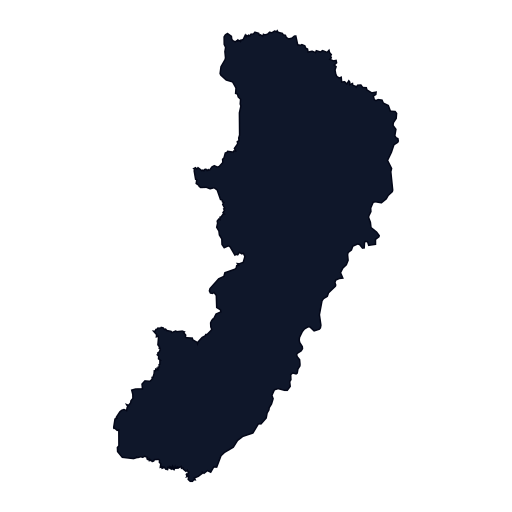 the district of Pichincha, Manabi, Ecuador
{"feature_id": "8360857B60959111227770", "entity_name": "Pichincha", "entity_type": "district", "adm_level": 2, "iso_a3": "ECU", "parent_name": "Ecuador", "parent_adm1": "Manabi", "projection": "robinson", "projection_center": [-79.88, -0.896], "detail": "fine", "context": "isolated", "style": "filled", "palette": "ink", "viewbox_px": 512, "rotation_deg": 0, "n_neighbors": 0, "source": "geoboundaries", "source_scale": "gbopen_adm2", "svg_char_len": 6010}
<svg xmlns="http://www.w3.org/2000/svg" viewBox="0 0 512 512"><path d="M268.9,409.9L269.2,407.7L271.5,404.0L273.1,398.7L271.9,395.4L274.4,389.8L278.1,388.6L284.5,390.3L287.3,390.3L290.2,386.4L289.7,381.7L290.9,379.7L290.7,374.6L292.7,373.0L296.1,373.9L297.2,373.1L297.9,369.1L299.9,365.9L300.0,364.2L299.6,359.7L297.2,356.7L296.6,354.7L297.3,353.3L301.1,350.9L302.5,348.7L302.3,346.6L299.7,342.5L299.2,340.0L299.5,337.4L302.3,331.6L304.4,329.0L308.1,326.8L309.9,326.9L314.1,330.9L319.3,329.2L320.4,327.9L320.9,325.2L319.4,314.7L322.0,300.8L323.5,298.6L327.3,296.3L328.5,292.8L335.4,286.2L335.7,285.0L334.9,282.6L335.7,280.1L339.2,278.5L342.8,278.1L340.5,272.7L342.8,268.1L346.3,264.8L348.1,260.3L347.6,254.7L348.1,252.5L351.4,250.0L352.8,246.2L357.6,244.0L359.6,244.5L362.5,248.1L364.2,247.9L364.5,242.7L365.3,241.3L367.6,241.8L368.7,245.3L375.5,244.3L375.5,239.4L378.9,236.8L379.2,235.6L376.6,232.1L371.0,227.6L370.4,222.3L368.6,217.5L368.8,215.9L370.9,211.6L370.7,208.0L373.2,202.2L375.7,201.8L381.4,202.8L386.2,198.9L388.2,195.4L392.3,191.6L392.7,190.1L390.8,171.7L391.6,168.5L387.5,160.4L391.4,152.3L393.9,144.8L397.7,142.3L398.3,141.0L397.9,138.6L396.1,137.8L394.8,135.8L395.9,129.3L393.0,125.4L393.4,122.6L396.2,118.4L396.6,113.4L395.1,111.5L390.4,111.2L388.3,105.5L383.3,103.1L382.0,100.1L378.2,99.6L376.0,100.6L374.3,99.8L373.3,96.0L375.8,94.5L376.1,92.1L371.7,92.9L366.9,89.9L366.3,87.7L362.7,87.5L360.9,85.0L357.6,85.2L356.2,87.3L355.3,86.2L352.8,85.4L352.5,83.5L349.7,84.7L349.8,82.2L348.8,80.8L346.8,84.0L344.6,81.7L341.7,82.1L341.2,77.2L339.3,78.0L336.8,76.5L335.7,73.9L335.0,69.9L336.1,66.7L334.2,65.0L336.6,62.8L336.1,60.4L333.4,60.9L329.8,59.3L331.3,57.8L330.5,56.0L331.3,54.6L329.5,52.5L329.0,50.3L327.1,52.4L322.5,50.6L320.5,52.0L316.3,50.7L315.5,52.6L312.1,51.2L308.1,52.1L307.5,49.0L305.7,48.2L304.8,45.8L301.8,44.6L300.5,45.3L297.7,44.8L295.8,36.0L294.4,36.1L291.9,38.2L288.6,38.9L286.3,37.5L285.4,35.3L283.2,34.9L282.4,33.4L278.1,32.3L277.2,30.7L276.4,31.8L274.7,31.0L271.8,32.8L269.6,32.2L267.6,34.2L264.8,34.9L263.4,34.3L262.7,36.3L260.5,34.8L259.4,35.3L258.7,33.3L254.9,32.2L253.4,34.1L250.9,34.2L249.9,35.9L248.7,35.2L248.2,36.3L246.7,35.4L246.1,36.7L245.3,35.1L243.2,39.5L241.4,40.1L240.6,41.4L240.2,40.5L239.7,41.0L237.9,40.0L237.7,41.1L236.8,40.7L235.3,41.8L233.3,41.0L231.8,39.5L231.4,36.3L227.5,33.5L225.4,34.8L224.1,36.9L224.2,44.4L225.6,47.3L224.9,51.6L225.5,57.9L225.1,59.6L221.0,66.7L220.1,73.5L220.8,75.1L226.2,80.0L232.6,81.9L236.0,88.0L235.6,93.4L237.5,94.1L238.2,96.9L240.6,99.2L240.2,104.0L240.9,106.0L239.4,112.8L239.6,135.0L238.7,138.0L239.0,140.7L237.3,141.6L237.7,143.8L234.4,148.4L235.7,151.0L233.9,150.9L233.2,152.1L227.6,151.3L227.0,152.4L225.3,153.0L224.0,157.9L222.6,159.3L222.8,162.5L219.2,166.5L217.4,167.1L214.3,165.7L212.0,166.9L209.8,169.9L208.9,170.3L208.2,169.6L207.1,170.6L205.9,169.2L204.6,169.5L203.9,170.8L202.8,170.1L201.9,170.7L198.0,167.7L196.8,169.2L195.5,167.7L193.8,168.6L194.5,169.1L194.2,171.0L195.6,179.3L196.8,179.7L196.2,183.5L198.7,185.2L199.2,186.4L200.7,187.5L206.4,187.3L210.1,188.8L214.1,187.7L217.2,190.0L220.5,199.5L222.1,199.9L222.5,201.9L223.8,202.5L222.7,204.4L224.7,208.2L223.7,208.9L224.5,210.3L223.0,212.6L224.3,213.9L223.2,214.0L221.1,216.9L220.0,217.2L220.1,219.6L218.8,219.0L217.2,221.1L217.6,223.2L216.7,227.3L218.9,231.0L219.4,235.0L221.8,238.9L222.0,244.5L224.2,247.7L228.4,245.8L230.1,246.8L234.9,255.1L236.0,254.4L237.7,254.8L239.4,252.3L241.8,253.9L243.4,253.3L244.9,256.5L243.2,262.4L239.3,263.8L237.4,263.6L238.6,265.4L236.7,265.6L236.2,268.0L235.1,269.1L224.9,272.7L223.9,276.4L218.7,278.8L210.0,288.6L209.4,290.9L210.4,293.0L212.6,293.4L214.0,292.4L216.3,295.5L216.7,307.5L220.5,309.8L220.9,311.9L216.1,314.0L213.5,319.1L212.7,319.1L211.4,321.1L210.6,322.9L210.8,326.9L211.8,329.3L210.9,330.6L207.1,334.5L205.8,334.5L205.1,335.9L202.2,337.4L197.9,342.1L197.5,343.7L197.0,342.3L192.7,339.8L192.3,338.1L186.2,337.7L185.4,336.9L185.7,335.1L183.7,332.7L184.4,331.9L182.3,331.1L176.8,331.7L175.7,331.0L171.9,332.6L171.1,331.4L166.7,330.5L165.6,329.1L164.5,329.5L163.2,327.9L161.2,327.4L160.6,328.2L157.8,328.1L157.2,329.2L156.0,329.4L155.0,331.3L153.6,331.2L156.6,334.6L156.4,336.8L158.0,336.2L158.5,337.6L157.9,344.8L159.5,347.0L159.2,348.2L160.1,348.4L160.1,349.8L159.3,351.9L157.8,353.0L158.1,354.6L157.4,354.9L158.7,356.1L158.5,358.8L160.5,360.3L159.9,360.6L159.9,364.2L159.1,364.6L159.3,366.9L158.1,367.2L158.2,368.7L157.2,368.4L157.5,369.8L155.7,369.1L155.5,370.9L154.3,370.8L154.1,373.6L153.0,377.3L152.1,377.4L152.2,379.2L149.9,381.3L144.9,380.9L142.0,384.1L142.5,388.9L135.6,389.0L131.7,390.1L132.8,394.3L132.9,398.4L131.0,400.7L130.6,403.0L128.5,405.3L126.6,404.6L127.9,406.8L127.1,407.6L126.6,410.7L124.0,409.5L121.7,410.3L119.9,411.8L116.3,417.3L116.9,418.2L115.0,419.0L113.7,427.3L113.9,428.4L115.0,428.4L117.2,430.4L118.8,429.9L118.9,445.8L117.4,447.5L117.6,451.6L122.3,457.3L133.6,458.6L136.4,457.7L136.5,457.0L137.8,457.6L140.7,456.7L142.7,457.3L144.8,456.2L147.5,457.6L147.0,458.8L148.3,459.8L149.4,458.9L150.1,459.7L149.7,460.6L151.2,460.4L152.2,461.5L153.7,461.0L154.4,459.6L158.7,459.4L159.5,460.1L159.4,462.4L160.8,463.7L160.3,467.3L161.6,466.9L162.1,468.3L163.5,467.7L162.7,466.8L164.3,467.2L165.8,469.2L167.2,469.1L167.6,470.2L167.8,467.4L169.0,467.9L169.3,466.7L169.8,467.5L170.6,466.9L171.2,468.1L170.4,468.5L171.3,469.1L172.6,466.1L173.3,467.6L172.7,469.0L174.1,469.7L175.0,467.1L175.2,468.1L176.4,467.5L176.3,468.2L178.0,468.1L177.8,467.1L178.9,467.6L181.2,466.4L181.5,468.3L182.8,467.8L183.2,469.0L185.9,471.3L187.4,470.3L188.1,472.1L189.0,472.2L187.9,474.8L187.0,473.7L186.3,474.4L186.8,475.7L187.5,475.7L186.8,476.7L188.9,476.2L188.2,479.4L190.2,481.3L192.5,481.3L193.7,479.7L195.2,479.8L194.3,477.9L198.2,476.4L202.2,473.4L202.3,472.1L204.0,473.3L207.4,470.6L210.7,472.2L213.7,467.0L216.7,467.1L221.0,455.7L224.5,452.4L233.3,447.2L237.5,440.5L242.8,436.4L252.9,433.0L258.4,423.8L261.0,423.9L266.2,418.0L267.1,413.0L268.9,409.9Z" fill="#0f172a" stroke="#020617" stroke-width="1.5"/></svg>